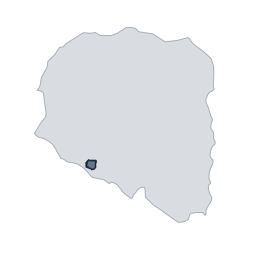 Vichadero, Rivera, Uruguay shown in context, rotated 172°
{"feature_id": "84410073B89841560148342", "entity_name": "Vichadero", "entity_type": "district", "adm_level": 2, "iso_a3": "URY", "parent_name": "Uruguay", "parent_adm1": "Rivera", "projection": "mercator", "projection_center": [-54.498, -31.798], "detail": "fine", "context": "in_parent", "style": "filled", "palette": "slate", "viewbox_px": 256, "rotation_deg": 172, "n_neighbors": 0, "source": "geoboundaries", "source_scale": "gbopen_adm2", "svg_char_len": 3507}
<svg xmlns="http://www.w3.org/2000/svg" viewBox="0 0 256 256"><g transform="rotate(172 128 128)"><path d="M212.7,178.0L210.9,179.6L209.1,182.5L206.9,189.7L199.6,199.5L198.1,205.1L190.2,210.9L184.6,217.4L181.0,217.3L177.7,220.1L158.9,228.6L152.1,227.0L147.1,227.1L142.4,223.3L131.8,221.9L125.2,223.4L116.2,227.6L113.5,227.5L111.6,227.3L106.7,225.6L104.1,221.9L90.3,217.7L79.2,208.1L66.2,207.9L56.1,209.2L54.6,207.9L53.6,205.5L51.5,201.9L42.9,193.5L36.1,185.2L34.7,177.0L35.7,168.2L37.7,157.7L37.4,154.5L39.9,152.6L42.3,152.2L44.7,149.5L46.9,145.4L47.2,142.4L45.6,136.7L44.4,128.7L43.1,124.8L45.8,118.5L45.9,115.5L44.3,112.8L43.9,110.1L44.6,107.3L44.5,104.6L43.5,102.0L44.2,99.9L46.8,98.2L48.6,95.6L49.9,92.2L50.5,89.5L50.5,87.7L49.8,86.0L48.2,84.3L49.0,81.1L51.9,76.3L53.9,72.0L54.7,68.3L54.7,65.3L53.7,63.0L54.1,61.4L55.9,60.6L56.8,58.2L56.5,52.2L54.6,47.3L56.1,43.4L60.2,38.9L62.4,35.2L62.6,32.5L63.9,30.9L65.8,33.9L71.8,34.7L77.7,34.8L78.7,34.0L81.0,29.1L84.1,27.7L87.4,27.4L91.1,27.6L95.0,30.8L106.0,41.4L114.2,48.8L116.6,52.3L118.8,54.9L120.4,57.3L119.7,63.7L119.8,66.5L120.2,67.3L122.0,67.3L124.8,66.9L127.1,65.5L128.9,63.5L130.7,61.8L132.1,60.9L132.6,59.6L133.4,58.2L134.3,57.9L135.9,58.9L139.7,62.6L142.6,65.9L143.3,67.8L144.5,69.8L145.7,71.6L146.5,73.3L149.4,75.5L152.2,76.9L154.2,75.5L159.1,80.1L169.9,83.9L171.9,86.3L173.8,89.6L177.6,94.6L182.8,99.2L187.0,101.1L191.1,102.2L193.3,103.2L194.9,105.0L197.4,106.8L198.9,107.5L199.5,109.2L201.1,112.9L202.7,117.6L204.5,121.9L208.5,126.1L212.9,129.3L217.5,131.2L220.1,133.4L221.3,135.8L218.2,139.3L214.8,143.8L211.8,147.2L208.7,149.7L207.7,151.4L207.0,154.0L207.0,167.8L206.8,173.0L207.0,174.4L207.5,175.3L209.4,176.7L211.7,177.8L212.7,178.0Z" fill="#d9dde1" stroke="#a8b0b8" stroke-width="1"/><path d="M173.5,94.5L173.4,94.4L173.0,94.4L172.9,94.3L172.7,94.3L172.2,93.7L171.9,93.7L171.7,93.5L171.4,93.2L171.1,93.3L170.8,93.1L170.6,93.1L170.2,92.9L169.8,92.4L169.9,92.2L169.8,91.9L169.4,91.9L169.4,92.0L169.2,92.1L168.3,92.1L168.0,92.0L167.8,92.1L167.7,92.0L167.4,92.2L167.1,92.2L166.7,92.5L166.5,92.8L165.6,93.6L165.5,94.1L165.4,95.2L165.6,95.4L165.4,95.9L165.3,96.0L165.3,96.4L165.3,96.7L165.4,96.9L165.3,97.0L164.9,97.3L164.8,97.5L164.8,98.1L164.5,98.4L164.6,98.8L164.1,99.3L164.1,99.6L164.3,99.8L164.3,100.1L164.4,100.3L164.6,100.4L164.7,100.2L165.1,100.0L165.8,100.1L165.9,100.5L166.3,100.5L166.6,100.6L166.8,100.6L167.2,100.7L167.3,100.8L167.4,100.7L167.5,100.8L167.6,100.7L167.8,100.7L168.2,100.6L168.5,100.8L168.8,100.9L169.2,101.0L169.4,100.9L169.5,101.0L169.9,101.1L170.1,101.2L170.4,101.1L170.8,101.3L171.2,101.8L171.5,101.8L171.7,101.5L171.9,101.2L172.5,101.1L172.6,100.9L172.8,100.9L172.8,101.0L172.8,100.9L172.7,100.8L172.7,100.7L172.8,100.5L172.9,100.4L173.0,100.4L173.1,100.5L173.2,100.4L173.3,100.4L173.3,100.2L173.2,100.2L173.3,100.1L173.3,99.9L173.3,99.7L173.4,99.8L173.6,99.7L173.6,99.4L173.6,99.2L173.8,99.1L174.0,99.1L173.9,99.0L173.9,98.9L173.8,99.0L173.7,99.0L173.7,98.9L173.6,99.0L173.6,98.9L173.7,98.7L173.8,98.8L173.9,98.7L174.0,98.6L174.3,98.5L174.4,98.4L174.2,98.3L174.3,98.3L174.3,98.2L174.2,98.2L174.3,98.2L174.3,97.9L174.4,97.7L174.2,97.5L174.3,97.4L174.5,97.3L174.4,97.3L174.5,97.2L174.6,96.9L174.4,96.9L174.5,96.7L174.6,96.4L174.5,96.2L174.4,96.1L174.2,96.3L174.2,96.2L174.3,95.8L174.2,95.7L174.3,95.7L174.2,95.6L173.9,95.6L173.8,95.4L173.9,95.2L174.0,95.2L173.9,95.2L174.0,95.1L173.9,95.1L174.0,95.0L174.1,94.9L173.9,94.8L173.8,94.7L173.7,94.6L173.5,94.5Z" fill="#64748b" stroke="#1e293b" stroke-width="1.5"/></g></svg>